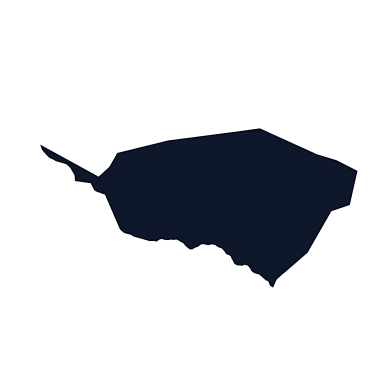 Açu, Rio Grande do Norte, Brazil, rotated 102°
{"feature_id": "56859067B3651056164535", "entity_name": "Açu", "entity_type": "district", "adm_level": 2, "iso_a3": "BRA", "parent_name": "Brazil", "parent_adm1": "Rio Grande do Norte", "projection": "natural_earth1", "projection_center": [-36.933, -5.592], "detail": "fine", "context": "isolated", "style": "filled", "palette": "ink", "viewbox_px": 384, "rotation_deg": 102, "n_neighbors": 0, "source": "geoboundaries", "source_scale": "gbopen_adm2", "svg_char_len": 1476}
<svg xmlns="http://www.w3.org/2000/svg" viewBox="0 0 384 384"><g transform="rotate(102 192 192)"><path d="M171.4,35.7L137.5,35.3L131.6,57.4L129.9,77.6L118.3,130.3L116.4,138.7L125.5,164.1L133.0,185.3L147.2,225.7L166.4,265.4L169.9,272.6L171.9,273.2L184.9,277.4L197.3,286.2L178.5,348.7L180.7,347.4L182.6,345.5L185.6,341.3L187.6,338.2L188.1,335.2L189.3,331.7L190.2,320.5L191.8,317.5L193.6,315.2L199.1,310.1L201.3,309.1L204.8,308.2L203.7,292.6L209.9,287.6L210.8,285.1L212.0,276.1L219.8,270.6L227.7,265.0L242.8,254.3L244.5,251.5L245.5,249.5L245.7,244.9L245.7,242.9L246.9,240.0L247.3,234.2L247.4,232.4L247.9,225.6L248.1,223.1L247.2,219.9L247.1,216.6L245.0,214.8L243.3,212.0L243.7,210.1L243.6,207.8L243.2,205.2L242.2,203.2L241.9,200.0L240.9,197.5L241.4,195.0L242.5,192.3L242.9,190.4L243.5,189.0L245.2,187.1L246.2,185.3L247.4,183.1L247.8,181.5L247.1,179.8L245.0,177.7L243.9,175.4L242.4,174.2L241.1,173.0L240.2,171.6L239.9,170.1L239.9,167.5L239.9,165.4L239.4,164.0L238.4,162.3L238.2,159.6L238.4,157.9L239.3,156.0L239.9,154.0L240.2,151.0L243.0,147.1L244.9,145.3L245.4,142.1L246.4,140.0L248.1,139.1L249.8,137.5L251.1,136.5L252.8,135.2L253.6,132.7L252.8,127.3L251.5,126.2L251.6,124.3L251.6,121.8L252.9,120.3L254.4,118.4L256.0,117.3L257.2,115.3L257.8,113.0L257.9,110.8L257.8,109.3L258.9,107.3L262.4,101.0L262.6,98.9L264.0,97.6L266.7,95.7L267.6,93.4L259.6,91.7L253.0,86.8L251.6,85.6L229.0,68.5L227.0,67.0L181.3,52.3L171.4,35.7Z" fill="#0f172a" stroke="#020617" stroke-width="1.5"/></g></svg>